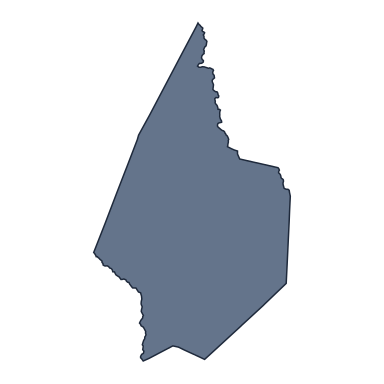 the district of Chapadinha, Maranhão, Brazil
{"feature_id": "56859067B20875466335569", "entity_name": "Chapadinha", "entity_type": "district", "adm_level": 2, "iso_a3": "BRA", "parent_name": "Brazil", "parent_adm1": "Maranhão", "projection": "mercator", "projection_center": [-43.47, -3.772], "detail": "fine", "context": "isolated", "style": "filled", "palette": "slate", "viewbox_px": 384, "rotation_deg": 0, "n_neighbors": 0, "source": "geoboundaries", "source_scale": "gbopen_adm2", "svg_char_len": 3201}
<svg xmlns="http://www.w3.org/2000/svg" viewBox="0 0 384 384"><path d="M264.8,303.9L286.2,283.4L286.6,275.2L287.3,260.9L289.2,220.8L289.6,210.7L290.3,196.2L289.5,192.4L289.2,190.3L288.0,189.3L286.6,189.3L285.2,188.9L284.0,188.1L283.7,186.7L283.1,184.5L283.0,183.0L283.5,181.2L283.3,179.8L282.6,179.0L281.7,178.5L281.0,177.6L280.8,176.0L280.4,174.8L279.7,173.8L278.6,172.8L278.7,171.4L279.4,170.2L278.9,168.9L278.0,167.7L257.5,163.0L255.1,162.5L239.7,159.0L237.5,154.0L237.5,152.6L237.5,151.0L234.3,150.0L231.2,148.6L227.5,146.7L227.8,145.4L227.9,144.1L228.4,142.0L228.2,140.6L228.7,139.6L228.4,138.5L227.8,137.0L227.0,135.6L226.1,135.0L225.7,133.9L225.0,133.1L224.6,131.9L223.6,130.9L222.1,130.4L220.9,129.5L219.8,128.5L218.3,127.3L217.5,126.2L217.5,124.9L217.9,123.5L219.0,122.9L221.6,122.3L221.6,121.1L220.3,118.8L219.7,116.6L219.8,114.7L219.7,113.0L219.9,111.4L220.4,110.1L219.6,109.4L218.0,109.3L217.9,108.1L217.5,106.6L217.0,105.3L216.1,104.4L215.1,102.8L215.3,101.2L214.9,99.7L214.8,98.6L216.0,97.5L217.3,97.8L218.4,97.5L218.8,96.0L218.0,94.6L217.8,93.1L217.0,91.8L215.6,91.7L214.1,90.7L212.9,89.5L213.1,87.9L213.3,86.4L213.5,84.8L212.9,83.2L212.3,81.9L212.2,80.3L213.1,79.1L214.5,77.9L214.1,75.3L213.0,74.0L212.7,72.6L213.0,71.3L213.5,70.4L212.9,69.3L211.8,68.9L210.8,68.3L209.7,67.9L208.3,68.3L206.9,67.7L205.5,67.3L204.3,66.9L202.3,66.7L200.7,67.3L198.8,67.2L197.5,66.1L198.4,64.6L199.4,63.4L201.0,63.4L202.1,63.0L203.3,62.0L203.4,60.6L202.2,59.4L201.5,57.9L201.9,55.8L203.1,54.3L204.1,53.6L204.0,52.4L204.3,51.0L203.6,49.7L204.1,48.4L204.9,46.8L205.8,46.2L206.3,45.0L206.5,43.4L206.9,41.3L206.1,40.2L204.9,39.3L204.0,38.1L204.0,36.4L203.3,34.9L204.3,33.7L204.6,32.6L203.7,31.9L202.7,31.5L202.0,30.6L202.5,29.3L202.8,28.1L201.8,27.2L200.9,26.5L200.2,25.4L199.0,24.5L198.0,23.0L196.2,26.7L193.3,32.2L182.8,52.0L175.6,65.7L162.8,90.0L149.7,114.9L138.6,135.1L137.3,139.7L126.9,166.8L125.2,171.1L117.0,192.3L109.7,211.4L105.2,223.2L93.7,252.5L94.6,253.5L95.8,255.5L96.2,256.7L97.4,256.7L98.0,257.5L99.1,258.3L99.8,259.2L101.0,260.2L102.0,261.1L102.0,262.4L103.0,263.6L103.1,265.0L104.4,265.8L105.5,266.0L107.2,265.8L108.6,266.6L109.7,268.0L111.1,268.5L112.2,269.6L112.8,271.8L114.5,271.9L115.1,273.3L115.9,274.8L117.6,276.0L119.1,276.9L120.2,278.4L121.0,279.5L122.4,279.4L123.8,279.0L125.1,279.5L126.0,280.0L126.4,281.1L127.6,282.2L129.0,282.5L129.6,284.0L131.6,286.7L132.6,287.9L134.1,288.0L135.9,288.0L136.7,289.2L137.3,290.2L138.5,292.0L140.6,292.8L141.0,294.4L141.5,295.9L141.6,297.1L141.8,298.6L141.7,299.7L141.4,300.8L141.2,302.0L141.1,304.0L141.6,305.4L142.2,306.8L141.8,308.5L141.4,310.2L141.3,311.6L142.1,313.1L142.8,314.5L143.4,315.4L142.8,316.4L142.6,318.1L141.8,319.1L141.0,320.1L140.2,321.6L139.5,323.1L140.7,324.5L141.0,325.7L143.4,327.2L145.7,331.5L145.5,333.1L146.0,334.6L145.6,335.8L144.8,337.0L144.7,338.8L143.7,340.3L143.2,341.8L142.7,343.5L142.3,344.8L143.2,346.0L143.1,347.3L142.7,349.7L143.9,351.1L143.4,353.4L141.7,354.3L140.6,356.4L140.6,357.8L141.5,358.6L143.2,361.0L149.0,358.4L172.8,345.9L178.4,347.1L183.9,349.8L200.0,357.2L204.6,359.4L215.1,349.8L240.8,326.2L242.2,324.8L243.0,324.1L263.1,305.6L264.8,303.9Z" fill="#64748b" stroke="#1e293b" stroke-width="1.5"/></svg>